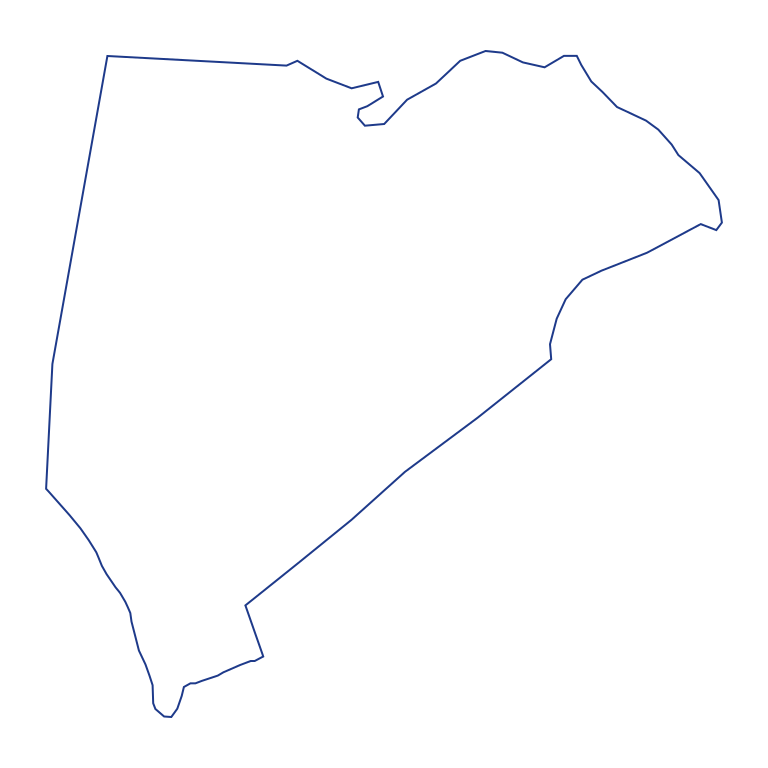 outline of Fond Bernier, Soufrière, Saint Lucia
{"feature_id": "8701671B2449694797689", "entity_name": "Fond Bernier", "entity_type": "district", "adm_level": 2, "iso_a3": "LCA", "parent_name": "Saint Lucia", "parent_adm1": "Soufrière", "projection": "equal_earth", "projection_center": [-61.059, 13.858], "detail": "fine", "context": "isolated", "style": "outline", "palette": "blue", "viewbox_px": 768, "rotation_deg": 0, "n_neighbors": 0, "source": "geoboundaries", "source_scale": "gbopen_adm2", "svg_char_len": 1119}
<svg xmlns="http://www.w3.org/2000/svg" viewBox="0 0 768 768"><path d="M46.1,488.8L48.6,491.5L69.5,515.1L80.4,528.3L88.8,540.3L96.3,552.3L98.2,556.8L101.9,565.9L106.6,574.2L115.6,587.4L120.0,592.8L125.3,601.8L127.8,607.2L130.3,613.0L131.5,621.6L134.9,634.8L138.9,650.5L145.5,664.5L149.5,675.7L152.6,685.2L153.2,703.3L155.4,709.0L164.1,716.5L171.3,717.0L177.3,708.7L181.7,696.0L183.9,687.0L190.5,683.3L195.5,683.3L201.8,680.9L217.8,675.6L223.4,672.3L240.1,665.0L250.7,661.0L254.7,661.0L263.2,656.5L262.6,654.6L245.4,605.4L297.8,563.4L351.4,519.9L405.0,471.8L477.5,417.8L551.2,359.2L550.0,344.2L556.7,318.7L565.7,299.2L582.4,279.7L601.4,270.7L647.1,252.7L700.7,224.1L716.3,230.1L721.9,222.6L718.6,200.1L699.6,173.1L678.4,155.1L671.7,144.6L658.3,129.6L646.0,120.6L617.0,107.0L602.5,92.0L591.3,81.5L581.3,65.0L576.8,55.9L563.9,55.9L544.6,67.3L522.9,62.4L502.4,52.7L485.5,51.0L460.2,60.8L436.0,83.5L407.1,99.7L384.2,124.0L364.9,125.7L357.7,117.5L358.9,109.4L367.3,106.2L383.0,96.5L378.2,81.9L351.6,88.3L326.3,78.6L297.4,60.8L286.5,65.6L107.4,56.0L52.4,364.0L46.1,488.8Z" fill="none" stroke="#1e3a8a" stroke-width="2"/></svg>